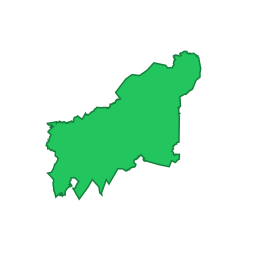 Badiraguato, Sinaloa, Mexico, rotated 48°
{"feature_id": "50627088B91393089235413", "entity_name": "Badiraguato", "entity_type": "district", "adm_level": 2, "iso_a3": "MEX", "parent_name": "Mexico", "parent_adm1": "Sinaloa", "projection": "equal_earth", "projection_center": [-107.389, 25.605], "detail": "fine", "context": "isolated", "style": "filled", "palette": "green", "viewbox_px": 256, "rotation_deg": 48, "n_neighbors": 0, "source": "geoboundaries", "source_scale": "gbopen_adm2", "svg_char_len": 5772}
<svg xmlns="http://www.w3.org/2000/svg" viewBox="0 0 256 256"><g transform="rotate(48 128 128)"><path d="M108.5,35.3L108.3,37.7L107.8,38.6L107.4,38.8L107.4,39.6L108.0,40.0L109.5,39.9L109.7,40.2L109.4,40.9L108.6,42.0L107.5,42.2L107.1,42.9L106.7,42.9L106.5,43.1L106.3,43.5L105.4,44.0L105.3,44.9L105.1,45.0L104.8,45.5L104.9,46.0L105.9,45.5L106.2,45.8L106.4,47.0L107.4,46.8L108.0,47.4L108.8,46.9L109.1,47.2L108.9,49.0L109.9,49.9L110.4,51.0L111.7,51.3L111.9,51.8L111.9,52.8L112.5,53.7L112.7,54.6L110.0,58.3L106.6,58.1L96.9,65.2L97.9,75.0L96.8,84.2L91.0,89.4L90.2,97.0L93.3,113.4L99.0,114.0L101.4,114.0L101.1,115.2L100.7,115.3L100.4,115.8L100.0,116.0L100.2,116.6L99.8,116.5L99.5,116.7L99.4,117.1L99.5,117.8L99.4,118.4L99.8,119.6L100.2,119.7L100.3,120.4L100.8,121.1L100.6,121.3L100.1,121.4L100.1,121.7L99.5,122.1L99.8,122.6L99.5,123.3L99.7,123.8L99.1,124.2L99.4,124.7L99.4,125.0L98.6,125.5L99.1,125.7L99.3,126.3L99.8,126.6L100.4,127.4L100.4,127.6L99.9,127.9L100.2,129.0L99.4,129.4L99.5,130.0L99.3,130.4L98.9,129.8L96.2,132.5L96.1,133.3L91.8,137.4L92.0,138.3L91.9,138.3L92.0,139.0L91.7,140.5L92.5,141.5L92.4,141.6L92.3,142.4L92.0,143.3L92.1,144.4L91.7,144.5L91.6,145.5L91.9,146.9L91.8,148.5L91.3,149.1L91.0,149.1L91.1,149.5L90.6,149.7L90.5,150.2L89.6,150.1L88.6,149.7L90.9,156.3L85.4,157.4L85.6,157.8L84.3,160.8L84.5,161.2L84.7,161.3L85.3,162.7L86.1,163.7L86.3,164.2L86.7,164.4L86.8,164.3L87.1,164.3L87.1,164.6L86.5,165.1L86.2,164.9L86.0,165.0L85.7,165.5L85.3,165.5L85.2,165.9L84.8,165.8L84.8,166.9L84.4,167.2L84.4,168.0L84.1,168.2L84.2,168.5L83.7,168.6L83.7,169.1L83.9,169.0L84.1,169.2L84.1,169.5L83.9,169.5L83.8,169.3L83.6,169.7L83.3,169.4L83.2,169.6L83.4,169.8L83.2,170.0L83.1,170.5L82.9,170.2L82.7,170.7L82.3,170.7L81.9,171.0L81.5,171.0L81.2,171.2L80.6,171.2L80.2,172.1L80.4,173.1L80.0,173.1L79.6,173.3L79.2,173.9L78.7,173.7L78.2,173.8L78.0,174.1L78.1,174.5L77.9,174.6L77.4,174.8L77.3,174.6L77.1,174.6L77.4,175.4L77.1,175.7L77.3,176.2L77.0,176.6L76.3,176.8L76.5,177.7L75.7,176.8L70.6,184.9L71.0,185.1L72.3,185.0L72.7,184.9L73.3,184.3L74.6,184.0L75.0,183.4L74.8,182.9L75.0,182.8L75.1,183.1L75.0,182.7L75.6,182.8L75.8,182.5L76.0,182.7L75.9,183.1L75.3,184.0L75.3,184.9L75.5,185.3L77.0,183.1L77.1,189.7L77.6,190.1L81.8,189.7L81.8,190.5L82.5,192.2L82.7,192.3L82.8,192.6L82.6,192.7L83.0,193.2L83.3,193.3L83.8,194.5L84.1,194.7L83.7,195.2L83.9,195.2L84.0,195.4L84.4,195.3L84.9,195.9L84.6,197.7L85.6,199.5L86.3,200.1L86.4,200.6L86.9,200.5L87.0,199.8L87.3,199.7L88.3,200.2L88.8,200.9L89.8,201.5L90.0,200.8L90.5,200.3L90.6,200.5L91.0,200.5L92.1,200.3L92.2,200.1L93.2,200.3L93.4,200.0L93.3,199.2L95.7,198.8L96.2,198.0L96.9,197.8L100.1,200.7L102.2,200.2L103.5,200.2L104.5,201.4L105.9,204.4L105.9,206.6L108.1,210.2L109.6,214.5L109.4,215.1L107.8,217.9L112.4,217.7L115.1,217.8L115.8,217.6L117.7,218.7L118.3,220.1L120.8,222.1L123.6,223.8L124.2,224.7L127.6,226.0L131.0,227.9L131.1,222.4L131.5,222.4L131.3,221.4L131.6,221.3L131.8,221.7L131.9,221.1L132.0,221.6L132.1,221.1L132.3,221.5L132.1,221.9L132.6,221.7L132.5,222.2L132.5,222.5L132.8,222.1L133.0,223.2L133.4,222.7L133.4,222.3L133.8,222.3L133.6,222.0L134.1,221.9L134.4,222.2L134.4,222.5L134.6,222.5L134.5,222.1L134.4,221.9L134.4,221.5L134.8,221.4L135.0,221.6L134.9,221.3L134.8,220.9L135.1,219.8L135.4,219.7L135.1,219.5L135.4,219.2L133.0,216.9L132.2,213.5L132.4,210.6L133.1,210.0L133.7,208.0L132.6,209.6L130.8,209.5L131.7,208.1L130.2,208.2L128.3,206.3L128.7,205.6L127.0,203.7L129.3,200.9L134.7,200.4L135.7,204.1L137.4,207.8L135.6,209.8L136.5,209.3L148.2,211.9L145.2,197.5L142.4,189.0L152.3,189.0L157.2,192.3L160.1,192.2L159.2,191.6L158.9,191.6L158.7,191.4L151.8,178.7L156.9,179.6L151.5,162.8L155.0,159.1L157.8,158.6L158.6,158.1L158.3,157.6L158.4,157.4L159.0,157.2L158.9,156.9L159.1,156.7L158.9,155.5L159.8,155.2L159.4,154.6L159.6,154.1L159.4,153.7L159.7,153.4L159.5,153.0L159.8,152.2L159.7,151.7L159.9,151.3L160.2,151.2L160.4,150.4L161.1,149.9L161.1,149.5L161.3,149.3L161.3,148.0L160.2,146.4L157.6,146.8L156.8,146.0L155.9,144.5L156.4,143.6L156.2,143.1L156.8,142.9L156.8,142.5L156.4,142.2L156.5,142.0L157.0,141.7L157.1,141.3L156.6,141.1L156.5,140.1L156.1,139.8L156.2,139.1L156.4,139.1L156.8,139.4L156.8,138.8L156.3,138.2L156.7,137.8L156.5,136.9L157.2,136.6L157.0,136.3L161.4,136.2L161.3,136.4L161.4,136.9L161.3,137.1L161.4,137.3L161.3,137.5L161.5,137.7L162.3,137.6L162.4,138.0L163.4,138.0L163.7,137.4L164.1,137.3L163.8,136.9L164.8,136.2L165.0,136.0L165.4,136.1L175.9,129.5L184.3,123.3L181.4,117.3L185.2,116.1L185.3,114.5L184.9,113.4L185.4,110.6L182.0,107.5L181.8,108.3L181.3,108.4L181.1,108.7L180.5,108.9L180.0,109.6L180.0,110.0L179.8,110.5L179.1,110.5L179.1,111.8L178.5,111.8L178.2,111.6L177.8,111.7L177.1,110.9L176.2,110.6L175.0,110.8L174.6,110.7L174.1,110.1L174.0,109.3L174.1,108.5L173.9,108.2L172.2,107.4L171.7,106.7L172.0,106.0L172.0,105.7L171.7,105.8L171.5,105.6L171.7,104.7L171.6,104.1L172.2,103.2L172.2,102.8L171.9,102.3L172.1,102.2L171.8,102.0L171.6,101.3L172.0,100.2L172.6,99.6L153.6,82.0L153.0,81.8L152.3,81.2L151.6,81.2L151.9,79.8L151.7,79.8L151.0,80.2L149.4,79.0L148.8,78.7L147.4,76.8L147.1,76.7L146.6,77.4L146.7,77.2L146.4,77.3L146.3,76.9L146.5,76.2L146.9,75.9L146.7,75.5L147.0,74.5L139.5,68.5L140.8,63.1L141.2,62.6L141.8,62.4L141.7,61.8L141.5,61.6L141.6,60.5L141.8,60.1L141.7,59.6L141.4,59.2L141.6,58.8L141.5,58.7L141.7,58.2L141.4,57.7L141.4,57.2L141.7,56.7L141.4,56.5L141.5,56.0L142.0,55.7L142.0,55.4L142.0,55.0L142.2,54.6L142.3,54.2L138.1,45.6L138.3,40.4L135.3,37.8L132.6,34.3L122.9,28.4L120.7,29.0L120.9,28.1L119.2,28.7L118.5,28.8L118.1,29.1L116.8,29.0L116.4,29.3L115.5,30.7L114.4,31.7L114.5,31.9L114.4,32.2L114.1,32.1L113.3,32.4L113.4,33.2L112.6,33.5L112.4,33.9L112.2,34.1L111.7,34.0L110.8,33.1L110.5,33.1L110.1,33.5L109.9,34.0L109.5,34.0L109.0,34.5L108.5,35.3Z" fill="#22c55e" stroke="#15803d" stroke-width="1.5"/></g></svg>